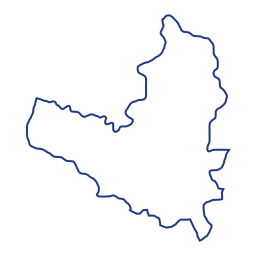 the district of Santiago de los Caballeros, Santiago, Dominican Republic
{"feature_id": "3306468B7799388924344", "entity_name": "Santiago de los Caballeros", "entity_type": "district", "adm_level": 2, "iso_a3": "DOM", "parent_name": "Dominican Republic", "parent_adm1": "Santiago", "projection": "orthographic", "projection_center": [-70.731, 19.487], "detail": "fine", "context": "isolated", "style": "outline", "palette": "blue", "viewbox_px": 256, "rotation_deg": 0, "n_neighbors": 0, "source": "geoboundaries", "source_scale": "gbopen_adm2", "svg_char_len": 5846}
<svg xmlns="http://www.w3.org/2000/svg" viewBox="0 0 256 256"><path d="M211.6,225.2L208.2,222.2L204.4,215.6L203.6,209.4L203.6,205.0L205.9,202.6L210.5,201.0L212.8,199.9L219.0,199.7L222.1,199.2L222.1,194.6L221.9,192.2L223.4,189.1L219.8,188.8L218.9,188.5L218.5,188.2L218.0,187.5L217.1,184.6L215.4,181.7L214.8,181.1L212.6,180.2L212.1,179.6L211.7,178.9L211.0,176.8L209.8,174.4L209.6,173.0L209.6,172.1L209.9,171.3L210.2,170.9L210.6,170.6L211.0,170.5L211.9,170.3L216.0,170.2L217.6,169.9L218.4,169.6L220.7,168.3L221.3,167.8L221.6,167.5L222.9,165.3L223.5,164.0L223.8,163.1L224.3,160.8L224.6,159.9L225.5,157.8L226.1,155.0L226.4,154.1L227.1,152.9L229.0,149.9L225.4,149.8L219.3,149.7L214.3,149.8L212.3,150.1L211.4,150.5L210.0,151.2L209.3,151.4L208.4,151.2L208.1,151.0L207.7,150.6L207.5,150.2L207.4,149.3L207.4,147.8L207.7,146.2L208.0,145.3L209.0,143.3L209.3,142.3L209.5,141.2L209.6,137.9L209.5,126.2L209.6,124.6L209.8,123.5L210.2,122.6L211.1,121.4L212.6,120.0L214.7,118.5L215.2,117.8L215.4,117.3L215.6,116.4L215.7,112.8L215.8,111.8L216.1,110.8L216.6,110.0L217.6,109.1L218.3,108.6L220.0,107.8L220.9,107.2L222.1,106.2L223.3,105.1L224.4,103.9L225.0,103.1L225.5,102.1L225.8,101.2L226.3,98.9L227.0,97.0L227.1,96.2L227.0,95.8L226.7,95.0L224.8,91.6L224.2,90.7L223.2,89.5L222.1,88.6L220.7,87.6L220.2,86.9L219.9,85.5L219.7,81.4L219.5,80.3L219.0,79.5L218.5,78.7L217.8,78.2L215.8,77.2L215.1,76.7L214.2,75.7L213.8,74.8L213.6,73.8L213.6,72.9L213.8,71.9L214.0,71.5L214.5,70.7L215.1,70.1L217.0,68.7L217.2,68.3L217.6,67.5L217.7,66.5L217.8,64.9L217.8,62.8L217.7,61.2L217.4,59.6L217.0,58.7L216.4,57.9L214.6,55.5L214.1,54.6L213.9,54.1L213.7,53.1L213.6,52.1L213.6,46.7L213.4,45.7L213.2,44.7L212.4,43.3L210.5,41.0L209.2,39.2L208.9,38.9L208.2,38.5L207.3,38.3L204.0,37.9L203.2,37.6L201.5,36.8L200.6,36.5L199.1,36.3L195.3,36.1L193.8,35.8L193.3,35.6L192.4,35.1L190.1,33.3L188.8,32.5L187.4,32.2L184.0,31.8L183.1,31.5L182.7,31.3L182.0,30.7L181.1,29.7L180.2,27.6L179.1,25.6L178.4,23.8L177.5,22.6L175.8,20.6L172.9,17.5L171.7,16.5L170.4,15.7L169.5,15.4L168.5,15.4L167.5,15.5L166.6,15.7L165.9,16.2L165.2,16.8L163.8,18.7L163.1,19.1L162.4,19.4L162.6,22.4L162.8,23.3L163.5,25.2L163.5,25.6L163.5,26.0L163.2,26.8L162.0,29.6L160.9,31.5L160.7,32.3L160.7,33.3L161.0,34.2L161.5,34.9L163.3,37.0L164.1,38.2L165.4,41.0L165.6,41.8L165.7,42.2L165.5,42.9L164.8,44.9L164.3,47.2L164.1,48.2L162.8,50.6L162.1,52.3L161.6,53.1L161.0,53.8L159.3,55.4L158.1,56.2L156.4,57.0L155.7,57.4L152.4,60.0L147.9,62.2L144.6,62.9L143.7,63.2L141.7,64.3L139.6,65.3L137.8,66.7L137.7,68.9L137.8,70.5L138.0,71.5L138.5,72.4L139.1,72.9L141.3,74.2L143.3,75.1L144.1,75.6L145.1,76.5L145.6,77.3L145.8,77.8L146.0,78.8L146.1,80.4L146.0,87.7L146.1,94.4L146.0,96.0L145.8,97.0L145.4,97.9L145.1,98.3L144.5,98.9L143.7,99.4L143.2,99.6L142.2,99.8L139.5,100.0L138.5,100.1L137.6,100.4L135.5,101.3L132.9,102.0L132.2,102.3L130.0,104.3L127.2,109.0L126.0,110.4L125.7,111.2L125.6,111.7L125.6,112.6L125.7,113.5L125.9,114.0L126.4,114.9L127.4,116.0L128.5,117.0L129.4,117.6L131.0,118.3L131.7,118.8L132.3,119.3L132.8,120.0L132.8,120.4L132.9,120.8L132.6,121.6L131.7,123.3L131.2,124.0L130.5,124.5L128.2,125.7L127.4,126.1L125.8,126.4L121.7,126.5L120.8,126.8L120.4,126.9L119.8,127.5L118.9,129.7L118.5,130.3L116.5,131.6L115.8,131.8L114.9,131.7L114.2,131.3L113.7,130.6L113.5,130.2L113.3,129.8L113.2,128.8L113.2,124.7L113.1,123.8L112.9,123.4L112.6,123.1L112.2,122.9L111.8,122.8L111.0,122.8L109.0,123.9L108.1,124.1L107.3,124.2L106.4,124.1L106.0,123.9L105.6,123.6L105.4,123.3L105.1,122.4L105.1,122.0L105.2,121.1L105.4,120.3L106.0,119.0L106.2,118.3L106.1,117.9L105.7,117.2L105.1,116.6L104.7,116.5L104.3,116.3L103.4,116.3L102.6,116.6L100.9,117.4L100.1,117.5L99.7,117.4L99.1,117.2L98.3,116.6L97.5,116.2L95.0,115.5L93.0,114.5L92.2,114.3L91.7,114.3L91.2,114.3L90.4,114.5L88.4,115.4L86.1,116.2L84.2,117.0L81.4,115.4L80.8,114.9L80.1,113.9L79.4,113.2L78.6,112.5L78.1,112.3L76.6,111.9L72.5,111.6L71.6,111.4L71.2,111.1L70.9,110.9L70.5,110.1L70.0,107.1L69.8,106.7L69.5,106.3L69.2,106.1L68.4,105.9L67.5,106.1L64.9,107.7L63.6,108.8L62.8,109.0L62.0,108.9L61.6,108.7L60.8,108.2L59.2,106.2L58.6,105.7L57.2,105.1L56.6,104.6L56.2,104.0L55.8,103.0L55.4,102.3L55.2,102.0L54.4,101.6L53.6,101.4L52.7,101.4L51.9,101.6L50.2,102.2L49.3,102.2L48.5,101.9L46.9,101.2L46.2,101.0L44.6,100.8L43.7,100.6L40.9,99.4L36.6,98.2L35.6,101.7L35.0,104.6L34.7,105.5L33.9,107.1L33.6,108.0L33.4,109.0L33.2,111.7L32.8,113.3L31.6,115.7L30.9,117.4L29.5,119.8L28.8,121.5L27.7,123.5L27.4,124.4L27.1,126.0L27.0,128.2L27.0,133.7L27.2,136.5L27.5,138.0L28.7,140.9L29.4,143.7L29.6,144.2L30.0,144.9L31.0,145.9L31.8,146.4L35.4,148.1L36.9,148.5L40.8,148.9L43.1,149.6L45.4,150.9L47.3,152.2L49.9,153.5L52.6,155.7L53.9,156.5L55.3,156.8L59.8,157.1L61.3,157.3L61.7,157.5L62.6,158.0L65.0,159.9L66.2,160.6L67.2,160.9L68.2,161.1L72.0,161.2L72.9,161.4L73.7,161.8L74.2,162.5L75.6,164.7L76.0,165.5L76.6,167.2L77.9,169.7L78.4,170.9L78.9,171.7L79.5,172.4L80.2,173.0L81.1,173.4L82.0,173.6L85.4,173.9L86.8,174.4L87.6,174.9L90.4,177.1L92.5,178.2L93.4,178.7L94.9,180.1L95.9,181.3L96.5,182.1L97.3,183.8L98.3,185.8L98.6,186.7L98.9,188.2L98.8,190.2L98.6,191.7L97.9,192.9L96.8,194.4L97.2,195.4L97.8,196.0L98.6,196.3L100.1,196.5L103.4,196.6L108.4,196.4L110.4,196.2L112.8,195.4L113.2,195.4L114.0,195.5L116.4,196.8L117.6,197.7L118.2,198.2L119.5,198.5L122.3,198.9L123.2,199.1L124.3,199.9L124.9,200.5L126.1,202.2L127.8,203.4L128.5,204.0L129.1,204.7L129.5,205.5L130.6,207.8L130.8,208.5L130.7,209.3L130.3,210.0L130.0,210.3L131.1,211.0L136.7,213.7L139.8,213.7L143.2,210.1L147.0,209.9L148.8,215.6L154.0,215.6L159.2,218.6L159.9,221.9L160.4,225.4L166.4,227.6L171.5,226.8L175.7,224.3L177.2,222.4L180.3,219.7L186.0,219.7L190.1,219.4L194.2,228.2L197.1,233.1L197.3,235.8L199.8,240.6L201.2,240.0L202.5,239.2L205.2,237.0L206.7,236.1L207.3,235.4L209.3,232.1L210.0,230.4L211.2,227.9L211.4,227.0L211.6,225.2Z" fill="none" stroke="#1e3a8a" stroke-width="2"/></svg>